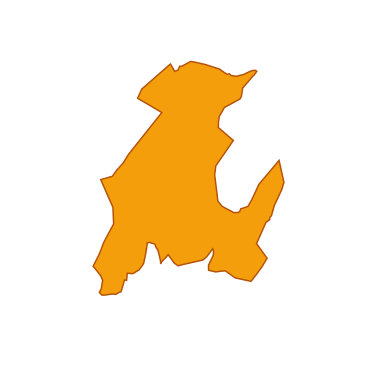 Shagari, Sokoto, Nigeria (Equal Earth projection), rotated 215°
{"feature_id": "59680162B23595872951211", "entity_name": "Shagari", "entity_type": "district", "adm_level": 2, "iso_a3": "NGA", "parent_name": "Nigeria", "parent_adm1": "Sokoto", "projection": "equal_earth", "projection_center": [5.089, 12.543], "detail": "fine", "context": "isolated", "style": "filled", "palette": "amber", "viewbox_px": 384, "rotation_deg": 215, "n_neighbors": 0, "source": "geoboundaries", "source_scale": "gbopen_adm2", "svg_char_len": 1725}
<svg xmlns="http://www.w3.org/2000/svg" viewBox="0 0 384 384"><g transform="rotate(215 192 192)"><path d="M268.0,298.2L272.4,289.3L274.2,288.0L273.4,283.8L275.3,280.9L283.1,284.5L292.2,247.5L290.3,237.6L262.3,239.8L265.6,186.4L265.0,176.6L266.1,167.0L266.2,163.9L266.3,159.1L273.9,149.8L248.0,134.1L237.9,120.9L235.8,103.4L235.3,99.8L232.3,87.8L230.4,74.4L226.2,73.3L218.7,71.0L214.4,68.3L213.5,66.2L210.9,60.7L210.3,56.6L206.7,55.9L205.4,56.7L204.5,57.4L202.2,59.5L199.8,61.8L197.7,63.5L196.5,63.9L195.4,65.0L194.8,66.4L194.6,67.1L194.0,68.1L192.9,69.7L196.8,81.2L194.9,82.1L198.4,88.3L193.6,91.2L190.7,97.8L190.5,104.1L190.9,106.4L194.4,114.6L199.4,124.7L197.9,126.3L192.5,128.0L189.8,126.1L186.5,124.7L181.9,120.8L178.5,117.7L176.4,115.1L176.8,117.3L176.5,120.2L175.8,123.5L175.6,127.0L165.9,123.6L161.0,123.6L158.0,127.2L144.0,142.6L142.8,147.6L142.6,153.5L142.4,157.4L140.4,156.0L138.2,152.1L136.5,141.5L133.5,137.4L126.8,140.1L122.7,143.9L119.4,146.5L107.4,146.4L92.4,152.7L91.9,162.1L91.8,171.1L92.5,180.8L109.5,186.7L114.0,209.6L112.5,213.7L113.7,216.1L113.3,218.1L116.8,228.0L119.8,245.2L122.2,252.6L138.8,267.8L141.6,236.8L138.7,220.5L137.9,212.3L141.3,207.6L142.4,206.3L141.7,203.0L143.1,201.1L146.0,199.1L159.2,197.5L165.7,199.5L183.3,219.1L187.5,227.1L187.7,257.9L207.4,259.9L210.7,264.9L213.0,269.6L213.9,279.9L206.0,295.9L206.5,298.9L210.1,306.2L208.6,322.1L208.2,323.2L208.2,325.2L208.2,328.0L209.7,328.1L211.9,326.4L212.7,325.4L213.6,324.1L216.2,319.6L216.5,319.1L217.5,317.1L219.4,315.5L220.0,314.6L220.6,313.7L222.4,312.0L226.9,309.8L229.1,310.3L230.3,309.1L230.9,308.6L233.6,308.4L237.9,308.4L239.5,308.6L254.4,304.0L263.2,300.4L268.0,298.2Z" fill="#f59e0b" stroke="#b45309" stroke-width="1.5"/></g></svg>